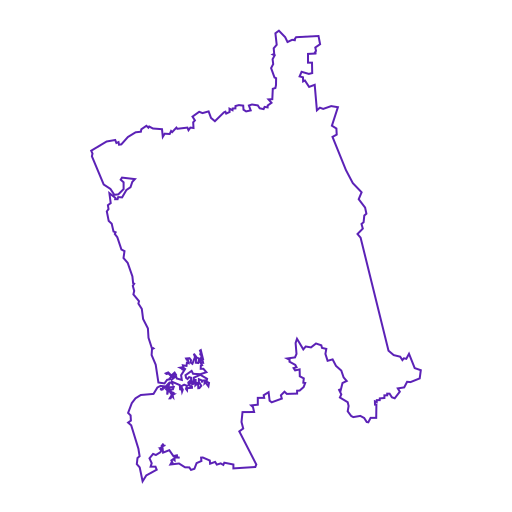 Waikato District, Waikato, New Zealand (Robinson projection)
{"feature_id": "76426892B94157809900768", "entity_name": "Waikato District", "entity_type": "district", "adm_level": 2, "iso_a3": "NZL", "parent_name": "New Zealand", "parent_adm1": "Waikato", "projection": "robinson", "projection_center": [174.92, -37.516], "detail": "fine", "context": "isolated", "style": "outline", "palette": "violet", "viewbox_px": 512, "rotation_deg": 0, "n_neighbors": 0, "source": "geoboundaries", "source_scale": "gbopen_adm2", "svg_char_len": 6059}
<svg xmlns="http://www.w3.org/2000/svg" viewBox="0 0 512 512"><path d="M337.9,107.2L331.2,106.1L323.2,108.9L319.9,107.7L316.9,110.3L314.7,84.8L309.1,86.9L304.9,80.5L303.1,81.4L303.0,77.3L299.6,76.4L301.6,71.8L308.8,73.9L312.2,73.1L312.0,62.7L308.0,62.7L308.0,53.9L316.3,53.5L314.7,52.8L316.0,50.9L315.3,47.5L320.1,44.2L318.5,36.0L296.1,37.2L294.2,39.8L295.7,40.4L292.2,39.8L287.5,42.0L285.2,37.2L278.9,30.7L275.4,33.3L276.7,44.8L273.7,48.3L274.2,53.9L272.9,54.5L274.7,55.3L272.6,59.2L273.2,64.1L271.1,68.1L274.5,77.5L276.1,78.2L276.0,85.0L275.4,88.0L272.8,88.8L272.3,99.2L268.5,99.4L271.5,102.8L267.7,105.5L267.6,107.4L264.6,106.9L263.6,109.1L259.7,108.3L257.8,105.4L252.0,104.5L248.9,105.5L250.7,110.4L246.1,111.4L243.5,109.7L243.2,105.6L238.9,105.1L235.5,106.0L235.4,108.4L232.7,108.5L232.5,110.2L229.5,108.7L229.6,112.0L226.2,113.6L225.4,111.7L223.9,112.4L214.9,121.2L211.0,117.9L208.6,111.4L202.5,113.1L199.2,111.8L192.5,116.6L194.9,120.4L193.2,122.3L193.5,128.0L190.4,127.6L188.5,130.2L187.4,127.6L177.3,128.8L176.4,127.6L172.2,132.1L171.1,131.0L169.7,134.0L164.7,133.7L162.8,136.8L162.0,129.2L152.9,128.5L149.2,126.5L148.4,127.7L146.4,125.8L141.3,129.3L140.9,131.7L135.6,132.3L127.9,137.0L121.3,144.4L119.0,144.7L118.5,142.1L116.4,143.0L115.2,140.0L106.6,141.5L91.2,150.7L92.5,153.6L91.9,156.3L103.7,184.5L110.4,188.9L114.3,194.8L118.3,194.4L123.6,189.1L123.6,182.3L120.7,179.7L122.0,177.6L134.9,179.1L132.3,181.9L130.5,187.2L126.4,190.0L122.1,197.4L118.2,197.1L117.6,199.2L115.2,199.2L115.4,197.9L109.4,193.2L110.7,203.1L107.9,205.2L108.5,209.1L106.8,211.4L108.7,220.9L111.7,223.7L113.5,231.5L115.6,232.3L114.8,234.0L117.3,237.2L121.4,249.5L124.5,251.1L123.5,258.0L127.7,262.9L132.4,276.4L133.1,283.1L134.2,283.7L132.8,285.8L134.2,290.9L133.4,294.4L139.0,301.2L138.4,303.6L141.8,308.9L143.1,319.0L147.9,328.4L148.5,337.8L151.9,348.3L153.1,348.1L153.5,348.4L152.0,349.1L151.6,355.0L155.7,364.7L158.4,382.5L164.5,383.4L167.1,379.8L170.5,379.2L169.8,378.3L171.6,376.7L168.5,373.5L166.5,374.0L165.8,373.4L168.2,372.4L171.4,375.5L174.6,372.6L175.8,374.5L173.9,374.9L172.6,378.9L176.0,376.2L176.8,378.5L181.8,379.9L181.1,375.2L185.1,369.0L183.5,367.9L182.2,370.2L182.7,367.9L181.5,368.4L180.1,367.7L183.4,367.1L182.9,365.3L186.5,365.9L186.9,362.7L188.6,363.2L187.8,359.5L186.7,359.7L186.1,358.5L189.5,358.2L191.0,360.1L190.6,362.5L192.4,363.8L195.0,357.0L193.8,353.7L196.2,356.8L195.8,362.7L198.2,363.0L198.8,360.5L201.1,361.7L198.2,358.2L200.4,359.0L201.5,356.9L201.0,354.2L199.6,354.7L201.0,353.4L200.0,350.6L200.8,350.1L202.9,358.7L201.1,358.2L200.5,360.7L201.3,359.3L202.5,360.0L203.1,362.8L200.3,362.5L202.1,365.2L200.8,365.7L200.7,368.8L203.4,368.8L206.4,372.2L200.3,374.2L193.1,373.8L191.6,370.9L185.5,375.2L186.1,377.9L187.5,379.0L189.1,377.1L191.0,377.7L191.5,382.3L193.7,380.9L193.7,377.7L200.3,374.8L207.1,378.8L206.5,381.5L209.0,382.9L208.4,386.3L205.4,382.4L204.6,383.2L205.0,380.4L202.3,380.6L202.2,382.5L201.5,380.3L198.9,379.2L198.8,381.8L201.3,385.8L199.4,388.1L198.3,388.2L198.1,383.3L196.3,382.6L196.3,384.5L195.4,385.3L195.7,379.1L194.1,383.5L192.3,384.4L192.5,382.8L190.1,383.7L189.7,381.2L188.3,382.5L188.8,385.3L192.0,386.9L192.0,387.8L187.1,388.2L187.0,390.2L186.0,388.9L187.0,385.8L184.2,384.7L181.1,386.3L182.8,389.7L182.1,391.6L181.8,389.7L180.1,389.3L179.8,385.1L172.4,381.9L172.5,384.0L171.2,382.4L169.4,383.2L168.3,387.3L169.1,388.8L169.9,387.3L173.7,387.0L172.9,389.3L170.4,389.7L171.1,392.0L173.2,392.7L172.5,393.6L174.2,394.0L172.6,394.9L173.0,397.1L171.8,395.8L170.6,398.3L169.8,398.3L171.9,394.8L168.5,389.7L167.2,394.6L167.4,390.5L166.2,389.3L167.7,389.3L166.5,387.0L163.0,387.7L162.9,389.0L162.6,389.4L162.3,389.5L162.1,389.2L161.4,389.2L161.0,389.0L160.9,389.3L160.8,389.2L160.9,388.9L162.7,389.1L162.9,387.3L167.2,386.6L167.8,384.3L165.7,386.5L160.5,385.9L157.4,387.5L153.5,393.9L140.8,395.0L135.5,398.3L131.8,403.1L128.1,412.9L130.6,415.4L130.9,420.6L128.1,422.6L131.2,425.3L138.4,448.7L139.6,456.2L137.5,458.0L136.8,464.1L139.7,467.4L142.6,481.3L146.3,475.4L156.7,469.7L155.5,466.7L150.6,466.7L151.7,463.2L149.5,458.3L153.1,453.9L155.9,455.0L160.4,452.2L161.4,450.5L160.2,449.2L161.6,448.5L160.5,448.0L162.0,447.6L161.9,446.3L163.0,445.6L162.0,445.5L163.5,443.6L162.4,445.3L163.6,445.8L162.3,446.4L163.1,452.6L169.3,450.2L173.4,456.1L176.9,455.3L177.3,457.5L179.7,457.6L174.5,457.5L174.6,460.3L173.1,459.2L171.4,460.4L172.8,463.4L171.6,462.4L170.4,464.5L179.0,463.5L185.0,467.3L189.3,467.4L191.0,469.9L194.4,468.8L196.6,463.1L201.4,461.0L201.1,457.6L202.8,457.5L209.8,460.5L210.1,463.7L215.1,461.9L216.8,464.6L220.7,463.4L223.3,464.9L224.3,462.7L233.4,464.5L233.4,468.4L255.3,467.0L256.3,464.5L239.3,431.4L243.2,428.5L241.5,422.0L242.5,412.1L254.1,412.0L253.0,407.1L251.2,405.4L257.8,404.7L257.8,397.9L264.2,397.9L263.7,395.2L268.6,392.2L269.6,400.7L271.7,402.3L281.8,398.6L280.9,395.3L284.5,391.7L286.8,393.9L297.1,393.6L297.1,390.7L299.6,390.6L303.6,387.1L305.2,383.0L303.3,382.7L303.8,378.4L299.8,376.3L299.6,369.4L295.1,370.4L293.6,368.1L296.5,367.2L295.3,364.9L289.5,361.7L289.6,359.8L287.1,358.5L295.0,357.4L296.5,353.9L295.6,343.0L297.0,338.8L303.3,349.4L305.7,346.5L311.0,347.4L316.0,343.5L321.3,345.3L322.0,347.9L326.3,348.9L325.4,353.9L327.6,360.8L332.6,359.4L336.0,365.9L341.3,370.6L343.6,377.4L346.7,381.0L342.5,383.0L340.5,391.0L338.7,389.1L341.3,394.4L339.9,397.5L347.7,402.2L348.6,406.0L347.7,411.3L351.2,416.0L353.3,417.1L360.3,415.9L364.2,418.0L366.7,422.0L368.3,422.3L370.6,417.9L376.2,417.9L376.4,404.6L375.0,404.6L374.9,401.3L376.7,402.0L376.8,400.1L379.7,400.1L379.8,398.4L384.4,398.0L384.4,395.3L387.2,395.3L387.2,393.7L389.6,393.7L391.9,397.3L394.7,398.3L399.8,391.7L397.8,388.4L404.2,387.4L407.1,381.8L410.5,382.1L419.7,378.4L420.8,370.2L414.7,368.1L409.0,353.8L406.3,358.8L403.9,358.3L402.4,360.1L400.2,356.7L393.7,355.1L388.5,350.7L360.6,237.7L357.5,234.0L362.8,228.6L361.5,224.0L363.6,222.2L364.3,215.5L366.4,213.7L365.1,207.6L358.7,199.2L361.6,192.3L352.8,183.1L345.9,170.0L332.5,136.9L336.7,134.6L336.4,128.5L331.9,125.7L337.9,107.2Z" fill="none" stroke="#5b21b6" stroke-width="2"/></svg>